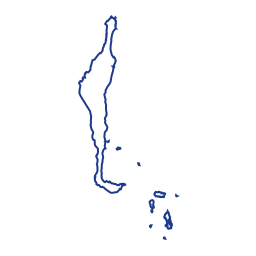 Antique, Antique, Philippines (Equal Earth projection), rotated 179°
{"feature_id": "2640588B32523752073662", "entity_name": "Antique", "entity_type": "district", "adm_level": 2, "iso_a3": "PHL", "parent_name": "Philippines", "parent_adm1": "Antique", "projection": "equal_earth", "projection_center": [121.674, 11.308], "detail": "fine", "context": "isolated", "style": "outline", "palette": "blue", "viewbox_px": 256, "rotation_deg": 179, "n_neighbors": 0, "source": "geoboundaries", "source_scale": "gbopen_adm2", "svg_char_len": 5581}
<svg xmlns="http://www.w3.org/2000/svg" viewBox="0 0 256 256"><g transform="rotate(179 128 128)"><path d="M131.7,71.3L131.8,71.6L132.7,72.1L134.3,72.4L135.4,72.3L135.7,72.0L136.6,72.2L137.5,71.7L137.6,71.3L138.5,70.9L139.3,71.3L139.7,71.2L140.8,71.7L141.3,72.2L142.9,72.3L143.9,72.9L144.9,72.8L146.0,73.5L147.2,74.8L147.6,74.6L147.9,74.0L148.3,74.0L150.3,75.3L151.2,74.9L151.7,74.3L152.1,74.3L152.9,74.8L153.9,76.0L154.9,77.6L155.3,79.2L155.1,79.8L155.4,81.4L154.9,83.0L155.4,84.7L155.4,86.1L155.0,87.9L154.9,91.0L154.7,91.8L154.6,92.9L154.1,94.3L154.0,96.5L153.3,99.2L153.9,102.0L154.0,103.6L152.8,106.9L151.5,107.9L150.8,107.9L150.9,108.3L151.4,109.0L151.6,110.4L150.7,115.2L151.0,115.3L150.8,115.5L151.8,119.5L151.4,123.3L151.0,124.5L149.4,126.2L148.6,129.0L148.9,130.0L150.9,133.7L150.5,135.5L151.0,138.0L149.2,141.2L149.4,142.1L149.1,142.5L149.7,147.4L149.5,151.4L150.3,154.4L149.9,157.1L150.4,158.4L151.1,162.1L149.8,163.9L149.8,165.7L149.6,166.3L148.0,169.3L146.0,172.0L144.6,174.5L143.8,179.1L142.8,182.9L142.1,184.7L142.0,185.8L141.2,189.1L141.4,189.2L141.2,189.3L141.4,189.4L141.1,189.3L141.1,189.6L141.4,189.8L141.1,189.8L140.9,191.2L139.9,193.0L139.4,194.7L139.0,195.4L140.0,198.3L140.4,198.8L140.6,198.4L141.2,198.7L142.9,201.4L144.1,206.4L144.1,207.8L143.8,211.7L143.1,215.2L143.2,216.6L142.8,219.2L142.2,222.0L141.3,224.4L140.4,225.7L139.2,227.1L139.0,227.6L138.2,227.6L138.6,228.1L138.6,229.0L138.9,230.0L138.9,230.6L138.6,230.7L138.4,231.1L138.7,231.9L138.2,232.5L138.4,233.4L138.1,234.8L138.6,234.9L138.8,235.7L138.7,236.3L139.3,237.0L140.1,237.4L141.0,238.3L142.7,238.9L142.3,239.4L142.5,239.8L143.0,239.5L142.8,238.9L143.2,238.7L143.3,238.3L144.3,237.8L144.8,236.8L145.7,236.2L146.0,235.6L147.1,235.3L148.9,232.7L148.9,232.3L147.3,231.1L147.2,229.8L147.8,225.1L147.6,222.6L147.8,222.6L147.8,222.0L148.0,222.0L148.2,220.7L147.9,220.1L148.0,219.7L147.9,219.4L148.3,218.4L148.3,217.1L148.5,217.2L148.9,214.3L149.3,212.8L150.5,211.8L150.4,211.0L150.7,210.6L150.8,209.9L151.7,208.4L152.1,205.7L153.9,203.3L154.9,203.4L156.8,201.4L160.3,197.0L162.3,196.4L164.5,188.9L164.6,186.6L166.8,184.3L168.6,184.8L169.5,183.2L169.9,183.4L170.4,182.3L170.5,181.4L170.1,179.1L172.0,179.4L172.5,178.1L172.1,177.5L172.2,177.1L173.5,175.3L174.6,175.7L174.6,175.3L175.0,175.3L176.0,174.4L176.0,173.3L175.4,172.4L174.9,171.3L175.2,169.2L175.6,167.9L176.0,164.2L175.6,162.5L174.5,160.2L165.7,145.5L164.6,140.0L165.0,136.4L165.0,132.4L165.5,131.6L165.0,130.3L164.9,129.1L164.6,127.8L163.1,124.9L162.9,123.6L162.9,123.2L163.3,122.6L163.8,120.9L163.9,119.6L163.2,117.1L161.8,116.5L161.5,116.1L161.5,112.4L161.0,110.8L158.5,108.0L158.4,104.6L158.6,103.4L159.4,101.6L159.7,101.7L160.0,101.0L160.3,100.1L158.9,96.9L159.2,94.2L159.8,92.2L159.5,91.2L159.2,89.3L159.2,88.0L159.3,87.7L159.2,86.6L159.5,84.7L161.8,81.0L162.1,79.7L162.1,78.6L161.7,78.8L162.0,77.2L161.7,75.2L161.1,74.7L160.9,74.1L160.4,73.4L160.5,72.2L159.0,71.3L158.2,71.5L157.9,71.4L157.1,70.2L156.1,69.4L155.4,69.4L154.6,69.7L153.0,68.7L151.9,67.6L148.1,64.7L146.7,63.8L145.2,63.4L139.9,64.2L137.9,66.2L137.4,67.2L136.5,66.7L136.2,66.9L134.8,70.4L131.7,71.3ZM89.1,26.5L88.6,26.8L88.1,26.8L87.2,27.8L86.7,27.7L86.5,27.2L86.4,27.3L86.6,29.0L86.2,29.2L86.1,29.7L86.4,29.9L86.6,29.4L86.8,29.7L86.3,30.2L86.1,30.0L85.8,30.1L86.0,31.1L85.7,31.0L86.1,31.4L85.6,31.2L86.1,31.7L86.3,31.4L86.1,31.1L86.2,30.9L86.3,31.2L86.4,31.6L87.1,31.7L87.3,31.5L87.5,33.7L88.3,32.4L88.3,32.9L89.1,33.3L89.1,34.1L88.7,34.6L88.1,34.6L88.2,35.1L87.9,34.9L87.6,35.1L87.6,35.3L87.1,35.0L87.1,35.3L86.6,35.2L87.5,35.4L87.4,35.7L87.7,36.6L87.4,38.1L87.6,38.3L87.8,38.2L87.9,38.5L88.0,39.4L88.4,39.8L88.4,41.0L88.7,41.4L88.7,42.3L89.8,44.1L89.9,43.6L90.9,42.6L91.0,42.0L91.5,42.0L92.0,41.5L92.1,41.0L92.5,40.8L92.9,39.2L93.2,39.0L93.3,38.4L93.0,37.3L92.4,36.9L91.9,37.2L91.5,35.6L91.2,35.4L91.4,35.3L91.1,35.3L90.6,32.4L90.5,32.2L90.3,32.8L90.1,32.7L90.5,31.5L90.5,32.1L90.6,31.5L91.1,32.1L91.3,32.2L90.6,31.4L91.0,30.7L91.3,29.9L92.0,30.1L92.1,29.8L91.4,29.7L91.4,29.0L90.2,28.5L90.3,28.0L89.9,26.9L89.1,26.5ZM96.4,58.4L94.7,58.4L94.6,58.7L93.8,58.3L93.3,58.4L92.7,60.3L92.8,60.7L92.6,60.6L92.3,61.1L92.0,62.0L92.1,62.5L92.1,62.3L92.2,62.2L93.1,62.2L93.2,61.9L94.0,61.8L94.3,61.5L94.1,62.1L94.4,62.3L95.0,62.5L95.1,62.1L95.6,62.0L95.8,63.0L97.5,63.2L97.5,63.4L98.0,63.7L98.5,63.7L98.8,63.4L99.4,63.2L101.4,63.6L101.8,62.8L102.3,62.7L102.8,61.4L102.8,61.0L101.9,59.9L101.4,59.7L101.2,59.2L99.8,59.3L99.5,59.0L99.2,59.1L98.1,58.8L97.7,59.0L97.5,58.8L97.5,58.5L96.9,58.4L96.7,58.6L96.4,58.4ZM105.0,47.1L104.8,47.4L103.7,47.8L103.5,48.4L103.6,49.1L104.1,49.4L104.3,50.1L103.7,53.3L103.7,54.2L104.2,55.0L104.9,55.5L106.7,54.9L107.7,53.8L107.5,52.2L106.9,51.4L106.6,50.8L106.8,50.3L107.0,50.2L106.9,49.6L106.3,48.3L105.4,47.5L105.5,47.3L105.4,47.4L105.0,47.1ZM139.2,106.6L136.0,107.4L135.9,107.7L136.1,108.1L138.3,108.7L139.7,107.3L139.6,106.9L139.2,106.6ZM107.2,28.4L106.8,28.9L106.3,30.3L107.3,30.2L107.8,29.8L107.7,28.9L107.2,28.4ZM105.5,43.3L105.3,43.3L105.1,44.2L105.3,44.4L105.2,45.1L105.1,45.3L105.2,45.9L105.5,45.1L106.1,45.2L106.2,44.7L106.2,44.3L105.5,43.3ZM117.2,90.6L117.7,91.8L117.6,92.3L118.4,92.5L118.3,91.7L118.0,91.1L117.6,90.6L117.2,90.6ZM94.1,16.2L93.8,17.0L92.8,16.7L93.3,17.9L93.8,17.9L94.0,17.6L94.1,16.2ZM80.4,58.8L80.0,59.0L80.6,59.2L81.1,59.9L81.2,59.6L81.0,59.2L80.4,58.8ZM148.3,114.3L147.6,114.6L147.5,115.3L147.9,115.1L148.1,114.7L148.7,114.6L148.3,114.3ZM138.7,238.1L138.4,238.4L138.7,238.8L139.0,238.3L138.7,238.1ZM87.0,32.5L86.7,32.7L86.8,33.0L87.2,33.1L87.1,32.7L87.0,32.5Z" fill="none" stroke="#1e3a8a" stroke-width="2"/></g></svg>